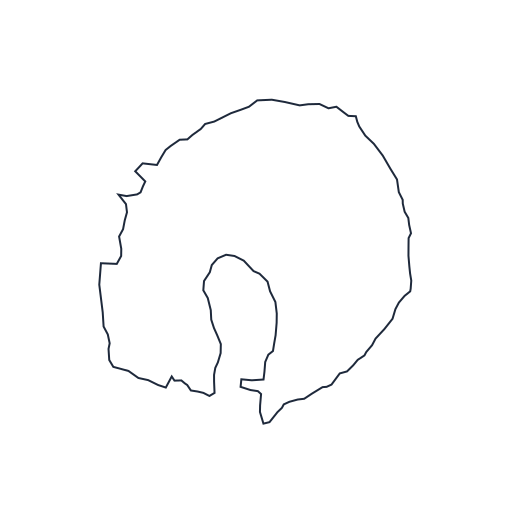 the district of Ureparapara, Torba, Vanuatu, rotated 124°
{"feature_id": "77236927B65524271778963", "entity_name": "Ureparapara", "entity_type": "district", "adm_level": 2, "iso_a3": "VUT", "parent_name": "Vanuatu", "parent_adm1": "Torba", "projection": "orthographic", "projection_center": [167.335, -13.537], "detail": "fine", "context": "isolated", "style": "outline", "palette": "slate", "viewbox_px": 512, "rotation_deg": 124, "n_neighbors": 0, "source": "geoboundaries", "source_scale": "gbopen_adm2", "svg_char_len": 2003}
<svg xmlns="http://www.w3.org/2000/svg" viewBox="0 0 512 512"><g transform="rotate(124 256 256)"><path d="M84.3,251.4L88.2,257.8L87.9,263.5L87.3,272.8L93.0,278.5L94.5,288.4L101.0,297.6L106.7,304.0L112.2,318.2L117.6,330.3L126.3,342.0L136.2,345.3L143.3,350.4L151.6,356.6L167.9,365.8L175.0,372.0L181.5,372.8L191.2,376.4L197.7,378.1L202.3,384.3L212.3,388.2L218.6,390.2L226.7,389.8L235.9,389.0L242.6,401.8L253.3,403.5L256.1,389.5L261.4,388.7L267.8,387.3L271.4,389.0L278.7,396.8L282.0,404.3L285.7,392.8L291.9,387.4L299.7,384.8L308.1,381.2L316.4,380.4L325.4,371.7L331.4,367.8L340.4,367.0L348.7,380.5L367.4,369.9L388.4,351.6L399.7,342.9L403.9,335.0L410.2,328.5L415.5,326.3L424.3,319.5L427.7,312.3L422.6,297.4L422.9,285.3L419.2,276.0L417.7,265.0L415.5,257.2L403.0,258.5L404.9,253.9L400.9,248.3L401.4,243.7L401.4,240.9L403.9,234.8L401.0,228.6L398.9,223.1L398.1,216.4L392.7,213.8L383.6,220.5L378.0,224.3L371.5,227.2L365.6,228.1L356.3,231.0L348.7,235.9L343.3,244.0L339.2,250.6L333.8,257.5L326.2,263.2L317.8,272.5L313.9,280.5L305.8,285.1L295.3,285.2L288.2,287.6L279.4,286.5L271.7,281.5L268.0,273.8L266.7,263.5L269.9,249.6L268.7,243.2L270.8,232.1L277.4,224.6L283.3,214.2L292.1,206.6L299.9,201.5L310.8,195.4L318.2,192.1L325.3,188.8L330.9,190.6L338.7,189.1L347.2,184.3L354.2,180.7L361.4,190.0L366.4,199.2L373.1,195.6L370.2,185.6L367.0,178.9L367.6,174.6L377.5,169.1L383.1,165.5L390.8,156.1L386.2,151.9L373.4,150.9L367.4,149.6L363.5,150.0L358.2,146.8L351.7,141.2L347.4,136.2L338.9,132.7L327.5,127.5L325.0,124.3L320.4,121.5L313.3,121.2L306.5,120.9L300.8,116.0L292.3,114.3L285.2,113.6L277.8,110.5L273.9,110.9L265.0,109.9L257.6,110.7L244.8,108.7L231.7,107.7L222.1,110.7L214.7,111.5L205.9,110.5L199.1,108.4L196.6,109.5L189.6,113.5L184.3,118.5L178.7,123.2L170.6,129.7L162.5,135.1L155.8,139.5L150.5,140.2L144.6,146.4L139.3,151.0L136.2,157.5L130.5,163.6L127.4,165.8L123.2,173.3L113.7,181.9L108.5,193.4L101.9,207.0L97.1,221.0L95.1,232.7L90.9,242.8L88.1,247.1L84.3,251.4Z" fill="none" stroke="#1e293b" stroke-width="2"/></g></svg>